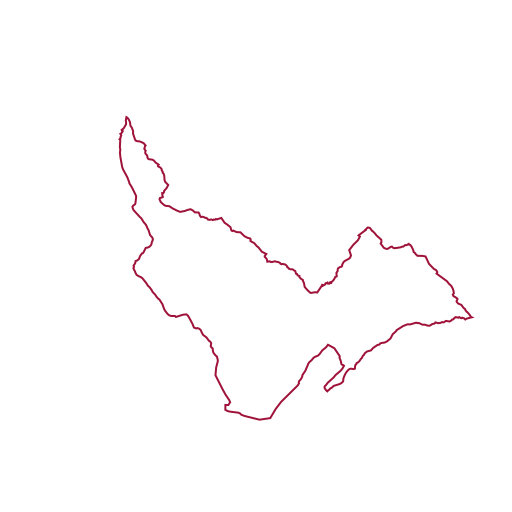 Capital, Salta, Argentina (Equal Earth projection), rotated 138°
{"feature_id": "61730980B15488687390300", "entity_name": "Capital", "entity_type": "district", "adm_level": 2, "iso_a3": "ARG", "parent_name": "Argentina", "parent_adm1": "Salta", "projection": "equal_earth", "projection_center": [-65.343, -24.972], "detail": "fine", "context": "isolated", "style": "outline", "palette": "rose", "viewbox_px": 512, "rotation_deg": 138, "n_neighbors": 0, "source": "geoboundaries", "source_scale": "gbopen_adm2", "svg_char_len": 6113}
<svg xmlns="http://www.w3.org/2000/svg" viewBox="0 0 512 512"><g transform="rotate(138 256 256)"><path d="M279.3,434.1L279.2,433.1L284.4,427.9L285.6,425.9L288.0,423.8L290.7,420.1L296.0,411.5L296.9,409.1L298.9,400.8L300.7,396.0L301.5,394.6L301.9,391.9L302.7,388.5L304.7,381.5L305.4,380.2L310.3,375.9L311.2,375.4L313.8,375.6L314.9,375.3L315.4,374.5L316.3,372.0L316.2,362.6L316.0,360.9L316.8,356.5L316.9,352.7L318.1,349.2L318.6,347.0L320.7,342.4L320.7,339.3L321.2,337.7L322.4,336.7L323.8,336.2L325.9,334.7L327.2,334.3L328.4,334.2L330.1,334.4L332.6,335.8L336.8,334.1L338.2,333.8L339.1,334.2L342.0,333.6L344.9,332.1L347.4,332.2L348.9,332.8L350.7,331.4L353.4,330.8L354.1,329.4L355.2,329.0L355.7,327.9L356.1,326.0L357.1,323.2L357.3,321.5L356.5,319.1L355.5,316.8L355.3,315.3L355.7,309.1L356.2,306.4L356.0,303.7L356.4,300.1L356.9,298.7L356.8,294.6L357.2,292.2L357.2,289.5L356.9,288.3L357.8,282.7L359.7,278.2L360.2,276.1L360.5,272.1L360.2,270.1L359.2,268.2L356.4,265.7L356.3,264.3L349.5,261.2L346.8,259.2L346.5,257.2L347.5,252.5L348.8,247.5L350.0,244.4L348.8,242.1L347.7,241.6L346.9,240.0L346.6,238.2L347.6,235.1L348.1,232.7L347.3,228.6L347.7,224.6L347.3,222.8L347.7,221.1L350.0,219.3L350.3,218.1L350.0,216.4L351.8,213.9L352.4,212.4L352.6,208.9L352.3,207.5L353.7,204.8L354.5,203.6L355.5,202.9L360.2,199.8L365.9,194.5L369.9,179.8L371.4,173.4L372.3,166.9L373.1,164.6L376.3,163.8L378.4,165.8L381.7,162.2L380.8,159.6L379.1,157.3L373.9,151.3L373.2,149.7L373.1,147.8L371.5,144.7L362.9,132.0L353.9,126.0L343.5,129.2L334.9,130.8L311.6,131.9L309.2,132.6L308.6,133.7L307.5,134.2L305.1,134.4L302.6,135.3L301.0,136.5L296.1,137.7L288.8,141.1L287.3,141.4L284.2,141.4L281.7,141.8L280.0,141.7L276.6,140.5L274.7,140.5L270.0,141.5L264.9,141.3L261.9,141.9L259.5,135.1L260.8,125.5L261.9,124.7L263.4,120.9L264.8,118.8L264.7,117.3L264.1,116.4L264.1,115.5L267.1,114.5L270.2,114.1L276.4,114.3L279.7,113.8L287.5,113.8L290.5,113.2L291.4,113.3L292.8,112.8L293.4,111.9L293.7,109.9L293.7,108.2L293.5,107.6L292.3,107.9L290.5,107.6L289.3,107.9L288.0,107.4L285.2,107.5L279.1,104.7L276.8,104.4L275.8,104.4L274.6,104.9L273.2,106.4L270.1,108.0L266.8,109.2L263.2,109.6L261.9,109.3L261.0,108.9L259.1,106.6L257.9,106.1L256.4,107.6L255.1,108.5L254.1,108.4L253.0,109.1L251.7,108.7L249.6,108.7L246.5,109.4L245.5,109.4L243.4,110.3L241.9,110.3L240.4,110.9L237.5,110.8L233.7,108.9L230.5,109.3L225.2,108.6L223.6,107.6L222.2,107.9L221.1,107.5L218.3,105.6L215.9,104.9L211.3,104.7L206.7,106.4L202.2,106.4L201.1,106.8L193.5,105.5L189.2,103.9L187.2,102.0L181.6,99.3L181.0,98.1L180.5,97.9L179.6,96.8L178.3,93.6L176.3,91.8L175.3,89.8L173.9,88.2L172.8,87.8L170.6,87.5L168.9,86.5L168.0,86.3L167.1,86.6L165.6,84.2L163.4,82.7L162.1,82.5L161.0,81.1L158.3,80.7L156.0,77.8L153.7,77.3L153.0,77.6L151.6,76.9L149.7,77.3L148.9,76.8L148.4,76.9L146.9,74.7L145.9,74.7L145.2,72.5L144.0,72.2L143.8,71.4L143.1,70.7L143.0,68.8L141.3,68.5L136.7,66.1L137.0,66.8L136.6,69.6L136.5,72.8L136.8,73.7L136.6,75.7L136.1,76.4L136.5,78.7L136.1,82.2L137.6,85.5L137.5,87.8L136.9,88.4L135.4,88.9L134.9,89.5L135.4,92.1L136.1,93.9L135.5,95.7L134.0,95.9L133.0,97.2L131.7,99.7L130.9,103.1L131.2,106.2L131.0,109.7L133.6,122.1L132.7,122.3L132.0,122.8L131.7,124.2L131.7,125.6L132.4,126.9L132.7,134.4L130.3,142.2L132.3,144.8L135.9,148.1L136.1,150.5L135.8,151.6L136.2,153.4L135.2,155.2L134.0,159.3L134.0,161.1L134.6,161.9L134.4,162.8L136.9,163.3L137.8,164.3L140.2,164.4L140.6,164.9L143.4,166.0L144.4,166.9L145.7,167.5L146.6,168.4L147.8,169.0L148.6,170.4L148.7,172.0L149.3,172.5L153.3,173.2L154.2,173.8L155.3,175.9L155.5,176.9L155.0,181.9L153.4,182.4L152.0,184.3L152.7,190.8L152.5,193.2L152.7,196.9L152.9,197.0L152.6,200.8L153.9,202.4L157.1,202.3L157.1,201.9L166.0,202.7L165.8,200.9L169.7,199.5L176.2,199.2L182.8,198.0L185.0,192.9L187.1,191.8L188.8,191.8L193.4,192.9L194.9,192.9L197.7,191.9L198.5,191.1L199.6,190.8L201.0,191.6L203.2,191.9L204.1,191.5L205.4,190.2L207.5,189.7L209.7,186.8L211.0,187.4L213.6,186.4L216.5,186.0L218.2,186.7L218.1,186.0L218.3,185.7L219.0,186.2L220.3,186.5L220.7,187.4L220.7,188.5L221.1,188.5L221.4,187.9L222.5,189.2L224.0,188.6L225.2,188.9L226.1,190.3L226.4,190.2L226.3,189.4L226.7,189.2L227.7,189.7L235.0,187.9L236.1,189.4L239.9,191.8L240.3,192.6L240.6,196.4L240.5,200.5L238.5,203.7L237.8,205.9L237.2,206.9L237.8,208.6L237.9,211.0L237.1,212.1L238.0,213.7L237.6,215.3L238.1,216.0L236.9,218.6L237.4,220.0L237.7,221.6L239.4,223.2L240.0,224.2L239.8,225.7L240.3,226.4L239.7,228.2L239.9,230.0L241.5,232.3L242.5,232.8L243.0,233.8L242.8,234.9L243.3,236.2L245.7,239.6L248.0,240.7L249.2,242.0L249.4,242.9L251.4,244.2L250.7,245.3L250.0,246.8L250.0,249.7L249.4,250.2L247.0,250.6L248.8,255.3L248.4,260.8L248.8,262.6L248.7,266.7L250.1,270.8L248.9,271.9L248.6,272.8L250.2,275.4L251.1,277.7L251.4,279.1L251.7,284.0L254.0,286.3L254.7,287.3L255.8,290.0L256.8,290.3L257.2,291.4L255.7,294.5L256.3,298.4L257.1,301.7L256.3,307.5L260.6,309.4L261.0,310.3L262.2,310.4L263.0,311.4L264.0,311.5L264.8,313.1L266.0,313.7L267.3,315.1L267.2,316.8L267.6,317.8L268.3,318.4L268.7,319.9L269.5,321.0L270.8,321.7L270.7,323.5L269.7,325.7L269.6,326.8L272.2,329.3L272.5,332.3L273.4,334.6L276.2,336.1L278.6,337.0L282.8,339.5L284.1,342.0L286.1,347.1L287.1,351.0L289.6,353.8L290.2,355.4L290.7,359.8L289.7,362.8L288.6,363.4L286.9,362.5L285.7,362.2L284.9,363.9L283.6,365.5L282.9,364.7L281.6,365.0L280.9,365.8L277.0,366.3L273.7,367.5L273.9,371.9L273.1,373.7L270.5,377.0L269.5,379.2L269.7,380.2L268.9,381.2L268.8,382.6L268.0,383.7L267.9,384.9L268.0,386.1L268.8,388.0L268.6,388.6L267.2,389.0L268.1,392.5L268.0,395.4L268.6,397.0L270.9,399.7L271.1,400.8L270.7,402.0L270.0,402.7L269.6,404.1L269.7,405.5L269.4,406.6L268.6,407.5L267.5,408.1L267.5,409.3L267.2,410.5L266.6,410.7L265.1,411.9L264.1,412.0L264.0,414.8L264.4,416.1L265.7,418.9L267.6,421.0L268.2,422.3L267.8,423.9L265.7,428.7L265.3,429.5L263.8,430.9L262.4,434.5L262.2,436.4L261.9,437.2L260.1,439.8L259.2,442.7L259.1,444.9L259.4,445.9L262.0,443.9L263.3,442.0L264.5,440.8L269.0,439.4L271.5,439.6L271.8,438.7L271.3,438.3L271.6,437.8L274.0,437.3L275.1,437.5L275.2,437.0L275.0,436.7L275.6,435.6L276.9,435.2L277.7,434.3L279.3,434.1Z" fill="none" stroke="#9f1239" stroke-width="2"/></g></svg>